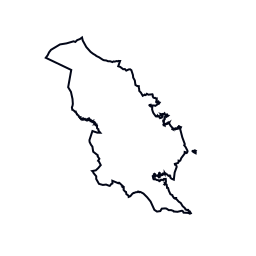 the district of Capiz, Capiz, Philippines, rotated 73°
{"feature_id": "2640588B34459645926333", "entity_name": "Capiz", "entity_type": "district", "adm_level": 2, "iso_a3": "PHL", "parent_name": "Philippines", "parent_adm1": "Capiz", "projection": "albers", "projection_center": [122.785, 11.39], "detail": "fine", "context": "isolated", "style": "outline", "palette": "ink", "viewbox_px": 256, "rotation_deg": 73, "n_neighbors": 0, "source": "geoboundaries", "source_scale": "gbopen_adm2", "svg_char_len": 5904}
<svg xmlns="http://www.w3.org/2000/svg" viewBox="0 0 256 256"><g transform="rotate(73 128 128)"><path d="M28.0,145.5L28.9,148.0L29.1,150.9L30.3,153.2L29.2,154.7L29.1,162.0L28.2,168.6L30.7,178.7L32.5,181.3L35.0,183.6L36.8,186.1L55.9,165.3L71.5,173.3L76.8,172.0L84.1,172.6L88.8,173.7L90.6,174.6L91.8,175.6L94.0,175.9L94.0,175.6L94.7,175.4L96.4,174.1L96.9,174.0L97.0,173.2L98.8,173.1L99.3,172.7L100.1,172.9L101.7,171.6L102.9,171.7L103.6,171.2L103.7,170.5L104.1,170.7L104.1,170.3L105.2,170.6L105.8,170.4L105.8,169.6L106.3,169.5L106.0,169.1L106.4,169.0L105.9,169.0L105.7,167.9L106.4,167.3L106.8,167.6L106.8,167.1L107.2,167.3L107.4,166.3L107.7,166.0L107.8,166.4L107.7,165.9L108.2,165.9L108.7,165.3L108.6,165.0L108.1,164.9L108.3,164.7L107.8,164.4L107.6,163.8L108.9,164.1L108.9,163.8L108.4,163.6L108.6,163.3L108.2,163.2L108.0,162.8L108.2,162.5L108.0,162.3L108.4,162.2L108.7,162.8L109.0,161.9L109.6,162.2L110.0,161.9L110.4,161.9L110.5,161.5L110.0,161.5L110.4,161.3L110.2,161.0L110.9,160.8L110.9,160.4L111.1,160.7L111.4,160.0L111.4,160.4L111.8,160.4L111.8,159.9L112.4,159.6L112.3,159.3L113.1,159.1L112.9,158.9L113.2,158.6L112.8,158.2L113.6,157.9L114.2,158.5L114.4,158.1L114.7,158.1L114.8,158.4L114.9,158.0L115.2,158.1L115.3,157.7L115.7,158.1L116.2,157.9L116.4,157.4L116.2,157.0L116.9,156.9L117.2,157.2L119.3,157.6L120.5,156.7L121.8,157.0L124.4,155.9L123.5,158.7L120.5,162.9L128.3,168.4L130.1,168.8L133.2,168.3L135.4,167.5L140.5,168.2L145.2,164.9L146.2,165.3L149.1,164.4L150.6,166.2L151.2,165.7L155.5,164.9L157.7,168.3L159.1,171.2L158.7,174.8L159.8,174.2L161.1,174.1L164.9,172.5L167.4,173.3L172.9,172.1L175.1,168.7L175.7,165.5L177.9,162.7L177.9,162.0L176.8,160.7L176.5,159.1L173.9,158.4L178.0,153.4L177.7,152.6L178.0,152.3L182.7,149.6L182.8,150.5L184.2,149.6L185.8,150.3L187.9,149.4L188.6,148.6L190.8,148.9L192.8,147.3L194.1,147.5L193.9,145.7L192.3,143.3L191.7,141.7L191.9,141.3L191.7,139.5L192.1,137.5L191.7,136.9L192.7,136.0L192.5,135.4L193.0,134.6L195.2,132.4L199.9,129.9L204.9,127.9L214.0,126.7L216.4,124.7L216.9,121.4L215.0,119.3L215.7,116.1L216.3,114.8L218.5,113.0L219.2,110.7L220.6,108.8L221.2,108.7L222.6,105.2L222.9,100.6L223.6,99.9L225.2,99.6L226.8,95.2L228.0,93.9L227.9,92.8L225.8,93.3L225.4,94.0L223.9,94.4L223.7,95.0L223.9,95.4L222.9,96.3L222.8,96.8L221.1,97.1L218.7,98.6L215.1,99.5L213.3,101.0L209.7,102.7L209.4,103.3L208.9,102.8L208.8,103.1L209.3,103.5L208.4,104.5L206.3,105.2L205.2,105.2L203.7,106.8L199.7,107.3L197.1,107.2L196.5,107.6L196.5,108.1L193.4,107.6L192.6,108.1L192.8,109.0L192.4,108.9L192.3,109.3L192.0,108.9L191.3,108.9L191.8,108.3L190.7,107.5L187.7,106.8L187.2,108.5L187.7,109.7L188.0,109.6L188.0,110.5L187.9,110.3L187.4,110.9L187.1,111.6L187.8,112.5L188.0,113.6L187.5,113.8L187.2,113.4L186.2,115.6L185.9,115.7L185.0,117.0L184.8,117.8L184.3,117.9L184.3,118.5L183.0,118.6L182.0,118.0L181.8,118.4L181.2,118.4L180.9,117.7L182.1,116.8L181.3,116.7L181.0,116.3L179.7,116.6L179.5,116.1L180.2,115.5L182.0,115.1L182.1,113.7L181.7,113.3L182.4,113.8L183.6,113.0L184.2,113.0L184.3,112.6L184.2,112.1L183.4,112.1L183.0,112.5L181.7,112.6L181.5,112.0L180.1,111.4L179.4,111.6L180.2,110.9L180.4,111.1L181.2,110.8L181.8,111.1L182.8,110.8L182.3,110.2L182.7,109.7L183.0,110.2L183.0,109.2L182.7,109.2L182.7,108.8L182.5,109.1L182.5,108.9L182.1,108.9L181.7,107.8L182.1,107.1L181.7,106.8L182.2,106.9L182.1,106.6L182.7,106.4L181.7,106.1L182.6,105.9L182.5,105.3L183.3,105.0L183.8,104.2L185.6,103.3L185.6,102.3L185.9,102.4L186.3,101.7L187.8,102.0L189.2,101.2L190.8,99.3L184.2,96.4L179.4,92.8L178.1,92.8L177.1,93.2L176.8,93.8L176.0,93.7L176.1,90.5L175.4,89.7L174.1,89.2L174.7,88.5L174.4,87.5L172.3,85.8L169.1,81.4L167.5,80.8L168.1,79.9L168.7,79.9L169.0,79.6L168.9,78.8L167.8,77.9L167.0,77.8L163.0,78.5L160.9,79.3L160.4,78.6L159.9,78.4L152.8,78.8L144.0,78.4L143.4,78.2L143.5,77.8L142.7,77.1L142.5,77.4L142.8,77.8L142.2,78.4L141.0,78.5L140.5,78.3L141.1,78.9L140.9,79.5L141.1,79.2L142.0,79.3L143.3,79.8L143.2,81.0L142.9,80.6L142.2,80.1L141.6,79.8L141.0,79.7L142.4,80.3L142.4,80.9L143.0,81.5L142.2,82.5L142.4,82.9L142.2,83.7L142.9,83.8L142.4,84.9L142.5,85.5L142.0,86.0L141.6,85.7L142.2,85.3L141.3,85.2L140.7,85.5L140.9,85.7L140.6,85.6L138.4,86.6L135.7,87.3L135.6,87.6L134.8,86.9L135.1,87.8L134.5,88.0L135.0,88.7L134.8,89.3L135.2,90.4L135.5,90.3L135.4,91.1L135.8,91.7L135.6,92.2L136.3,92.3L135.7,92.9L135.4,92.7L135.5,93.1L135.0,93.1L134.8,92.6L132.4,91.8L132.2,92.4L131.4,92.3L131.0,92.0L131.1,91.3L130.1,90.1L129.6,90.4L128.3,89.9L128.1,89.0L128.5,88.3L127.8,87.8L128.1,87.5L127.6,86.6L128.2,86.4L128.0,86.0L127.8,86.4L126.4,86.7L126.4,86.9L126.8,86.8L127.3,87.3L127.0,88.1L126.5,87.9L126.3,88.6L124.7,88.8L125.1,89.5L124.8,90.4L125.6,90.7L125.7,91.1L124.7,91.7L124.4,92.2L125.0,91.9L125.0,92.4L125.3,92.2L125.5,92.8L126.1,91.8L126.9,91.7L127.9,92.6L127.9,93.8L127.7,93.7L127.4,94.7L126.5,94.8L125.4,95.5L125.7,96.2L125.3,96.8L124.9,96.7L125.3,97.4L125.0,98.0L121.3,99.3L119.5,99.5L117.2,99.5L115.1,98.7L113.7,100.3L112.6,100.9L112.3,100.7L112.4,99.6L112.8,99.7L113.2,99.4L114.1,96.4L114.8,95.4L113.8,92.2L113.9,91.5L113.0,90.4L112.8,90.8L111.7,91.1L112.1,91.8L112.0,92.2L111.4,92.3L111.5,93.0L111.9,92.9L111.9,93.3L111.3,93.5L109.3,92.2L108.1,91.9L108.0,92.7L107.1,93.3L107.0,94.1L106.2,94.9L104.9,95.1L103.9,94.7L102.9,94.8L102.1,98.8L100.8,100.0L101.7,101.5L101.4,102.4L101.0,102.5L101.5,104.5L98.0,105.3L95.8,106.4L93.8,105.9L92.5,105.9L91.2,105.4L90.4,107.1L89.0,108.3L84.5,107.6L81.3,108.3L78.8,107.8L73.7,107.9L72.5,108.8L72.2,110.1L72.6,112.9L70.7,113.8L70.4,115.4L67.3,117.6L66.1,119.3L61.6,116.0L61.1,117.5L61.2,118.4L60.7,119.2L60.6,121.4L60.1,122.4L60.4,123.6L59.0,125.5L58.4,127.5L57.1,129.0L56.1,131.3L55.3,132.2L51.9,135.0L49.8,137.3L49.0,137.7L46.8,139.7L44.3,141.5L38.4,144.2L31.2,145.7L28.0,145.5ZM169.6,69.9L168.9,70.6L169.1,71.3L168.8,72.9L169.2,73.1L169.7,72.7L169.6,71.8L170.3,71.4L170.8,71.8L171.9,70.7L170.9,70.3L169.9,70.4L169.6,69.9Z" fill="none" stroke="#020617" stroke-width="2"/></g></svg>